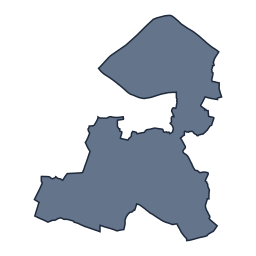 Long Ho, Vĩnh Long, Vietnam
{"feature_id": "81297802B86807381296423", "entity_name": "Long Ho", "entity_type": "district", "adm_level": 2, "iso_a3": "VNM", "parent_name": "Vietnam", "parent_adm1": "Vĩnh Long", "projection": "mercator", "projection_center": [105.971, 10.232], "detail": "fine", "context": "isolated", "style": "filled", "palette": "slate", "viewbox_px": 256, "rotation_deg": 0, "n_neighbors": 0, "source": "geoboundaries", "source_scale": "gbopen_adm2", "svg_char_len": 5909}
<svg xmlns="http://www.w3.org/2000/svg" viewBox="0 0 256 256"><path d="M98.5,68.3L100.1,70.3L101.1,71.5L103.6,73.7L104.4,74.3L108.2,76.7L112.7,79.8L116.6,82.8L118.3,84.3L119.6,85.2L124.9,89.7L127.1,91.8L128.7,93.0L130.3,94.1L131.3,94.5L132.9,95.0L137.1,96.8L139.6,97.7L143.0,98.4L144.1,98.5L145.3,98.4L145.8,98.2L149.3,97.7L151.5,97.2L159.9,94.5L161.7,94.0L167.5,92.8L168.4,92.6L169.1,92.6L173.3,92.3L174.2,92.4L176.3,92.2L176.4,97.7L176.5,98.2L177.0,99.0L176.8,100.4L176.8,101.5L177.1,102.6L176.6,104.2L176.3,106.5L176.0,107.6L175.7,108.3L174.0,107.9L173.5,107.8L173.2,107.9L172.8,108.1L172.3,108.8L171.9,109.6L171.7,110.5L171.7,111.1L171.7,111.4L172.2,112.2L173.3,114.9L173.6,115.4L173.9,116.2L173.9,116.8L173.0,116.4L172.6,116.3L172.2,116.5L171.5,117.4L171.4,117.6L171.3,118.0L171.4,121.9L171.0,122.6L170.1,123.2L170.7,124.0L171.4,124.5L171.9,125.2L172.6,126.3L173.0,127.5L173.3,128.6L173.3,129.2L173.0,129.9L172.7,131.7L172.2,132.2L171.6,132.7L170.7,133.1L169.8,133.7L168.9,132.1L167.2,132.6L166.6,131.9L164.3,132.2L163.9,132.2L163.5,131.7L163.0,129.9L162.6,129.3L161.9,129.1L156.9,128.4L155.2,128.1L153.8,128.2L149.7,129.3L147.1,129.6L146.4,129.9L146.0,130.2L145.0,131.3L144.7,131.9L144.2,132.4L139.6,133.2L137.6,133.7L136.9,133.6L136.6,133.3L136.5,132.5L136.2,132.3L135.8,132.1L132.7,131.4L131.6,133.1L131.5,133.8L131.2,136.0L131.0,136.6L130.4,137.2L129.1,138.3L128.4,139.2L127.9,140.1L120.6,138.4L120.4,138.3L120.4,137.8L120.7,136.7L121.0,135.9L121.8,133.0L121.7,131.7L120.4,131.3L120.0,131.1L119.7,130.8L119.6,130.2L119.9,129.3L119.8,128.8L118.7,128.6L117.7,126.9L117.4,126.2L117.4,121.1L117.5,120.2L123.1,119.4L123.4,119.3L123.5,118.2L123.2,116.8L117.5,117.5L113.7,117.3L112.9,117.2L111.2,116.7L109.9,116.8L108.5,117.1L108.0,117.5L106.6,118.1L106.0,118.2L99.9,118.0L99.3,117.8L98.0,116.9L97.9,118.1L97.1,120.2L95.3,123.4L94.3,125.0L93.7,125.6L93.4,125.7L89.2,126.1L89.1,127.0L88.8,127.9L88.3,128.5L88.1,128.9L88.0,129.1L88.2,130.0L88.5,131.2L88.9,131.9L89.3,132.4L89.7,132.9L89.6,133.2L88.1,137.2L86.3,141.0L85.3,142.4L86.1,144.1L87.8,147.8L90.0,151.4L89.4,153.2L86.3,162.3L85.0,165.8L84.1,168.6L82.6,172.4L82.4,172.6L80.2,172.9L67.2,173.6L65.6,175.8L65.0,176.6L62.7,180.3L61.2,179.3L60.5,178.9L58.8,178.6L57.9,178.4L57.0,177.8L56.1,176.9L55.7,176.7L55.6,177.1L55.1,177.6L53.0,178.6L52.5,178.8L51.6,178.5L50.7,177.9L49.7,177.0L49.1,176.8L47.8,176.6L41.4,176.4L41.3,176.6L41.3,178.9L41.3,181.2L41.4,181.5L41.6,181.9L42.2,182.8L42.1,183.8L41.7,184.3L39.8,188.7L35.5,197.3L34.4,199.6L39.1,202.4L38.8,202.9L34.8,216.0L39.3,218.2L44.9,220.6L47.8,222.1L48.0,222.1L49.9,221.3L50.7,221.2L51.5,220.5L52.7,220.3L54.2,220.3L55.0,220.2L55.5,220.0L57.9,218.7L58.5,218.4L59.6,218.1L60.5,217.9L61.4,218.0L63.4,219.1L64.2,219.3L66.6,219.3L67.9,219.5L73.0,220.9L73.7,221.4L74.1,222.2L76.4,222.8L77.7,223.2L82.1,225.3L84.9,226.5L87.8,227.4L91.6,228.8L97.0,230.6L100.0,231.7L100.0,227.4L100.1,225.3L104.4,226.8L111.0,228.7L114.6,229.9L116.4,230.7L116.7,230.8L117.6,230.8L118.2,230.6L119.3,230.3L122.5,229.7L123.8,229.6L125.0,224.4L125.1,222.8L124.9,220.6L126.1,217.0L127.8,214.4L128.9,213.4L129.1,212.9L129.6,212.7L129.9,212.3L130.1,212.2L131.5,212.1L132.0,211.9L132.7,211.5L133.3,210.5L133.5,210.3L134.4,210.3L134.6,210.2L135.1,209.0L136.7,203.9L138.6,204.5L139.9,205.1L141.4,206.1L143.6,207.8L144.5,208.4L146.2,209.9L150.4,213.2L152.4,214.2L156.2,216.8L160.3,219.4L161.6,220.3L162.9,221.0L165.6,222.2L166.8,222.6L168.7,223.1L172.2,224.5L173.2,224.4L174.3,224.3L175.5,224.0L176.9,223.9L178.9,227.8L179.3,228.3L181.5,232.6L184.1,236.0L186.6,238.7L186.7,240.6L189.3,240.3L192.7,239.5L199.8,237.5L204.2,236.6L206.9,235.8L207.4,235.1L208.0,234.4L209.2,233.6L209.8,233.2L213.3,231.3L214.5,229.8L217.2,225.8L210.4,220.0L209.3,218.7L209.1,218.2L209.8,217.3L209.8,216.8L209.7,216.3L209.5,215.7L208.2,213.5L207.9,212.6L207.3,211.5L206.6,210.3L205.7,207.7L205.3,205.7L207.4,198.7L208.9,198.9L208.9,194.5L209.3,190.6L209.3,189.8L208.0,186.9L207.8,186.2L207.7,184.6L207.6,184.0L206.9,183.5L206.8,182.2L205.3,181.1L205.2,180.8L206.7,177.4L207.4,176.0L208.1,174.4L208.2,173.8L208.2,173.2L208.0,172.9L207.2,172.5L205.0,172.1L202.8,172.1L201.4,172.4L200.2,172.6L199.5,172.5L198.2,171.2L197.4,170.7L195.4,170.3L195.0,170.1L193.4,167.6L192.1,164.8L191.6,163.5L190.5,161.6L189.4,159.2L188.1,156.8L186.9,155.3L186.2,154.7L183.8,153.1L183.0,152.0L182.9,151.2L183.1,150.6L183.4,150.0L185.1,148.1L185.3,147.6L185.3,146.9L185.3,146.5L184.6,145.2L182.1,140.6L181.0,138.8L180.4,138.1L182.5,136.5L182.6,136.1L182.9,135.9L184.4,135.1L184.4,134.5L184.3,132.3L184.6,131.4L184.9,131.2L186.4,132.0L187.5,131.9L187.8,132.0L188.1,132.2L188.4,132.2L188.7,132.2L189.4,131.5L189.8,131.4L190.9,131.5L191.4,131.4L191.8,131.3L192.1,131.3L192.8,131.7L194.1,133.4L195.1,134.0L195.9,134.3L196.3,134.7L197.0,135.5L197.3,135.7L198.0,135.7L199.3,134.7L200.6,134.6L201.1,134.4L201.7,134.1L202.4,134.0L202.9,134.2L206.1,131.2L207.3,130.0L209.5,126.7L210.1,125.9L211.3,125.4L211.5,125.3L211.8,124.8L212.1,123.5L213.9,118.1L213.8,117.7L212.6,117.2L209.5,116.6L208.6,116.3L208.1,110.6L206.2,110.4L205.9,110.0L205.8,109.5L205.6,109.5L204.9,109.8L205.1,109.2L204.9,109.0L201.4,106.5L200.7,105.8L200.6,105.4L202.5,102.1L203.2,100.7L205.1,96.9L207.2,97.5L211.8,98.6L214.0,98.9L215.3,99.2L217.5,99.5L217.3,98.8L217.6,98.1L218.0,97.9L221.6,97.0L220.3,92.9L219.1,88.7L219.2,82.9L215.9,82.2L214.9,81.8L213.7,81.6L212.4,81.5L212.1,81.1L211.7,79.9L212.6,76.0L213.0,73.2L213.0,72.9L212.8,72.8L212.3,72.5L212.0,72.1L212.0,71.0L211.6,69.5L212.0,68.7L212.5,67.1L212.6,66.2L212.5,65.8L213.6,65.6L214.1,65.3L213.9,64.2L213.2,62.4L213.8,61.4L213.9,60.3L215.2,57.4L218.8,51.9L216.1,49.8L211.6,46.9L206.8,43.0L198.8,35.9L193.3,31.7L187.5,28.2L181.1,23.9L178.2,21.0L174.1,17.5L171.7,15.9L170.2,15.4L168.8,15.4L165.0,15.8L156.8,17.9L153.2,19.4L145.7,26.4L136.9,35.2L125.9,45.1L111.0,55.4L108.6,57.6L102.1,64.7L99.4,67.6L98.5,68.3Z" fill="#64748b" stroke="#1e293b" stroke-width="1.5"/></svg>